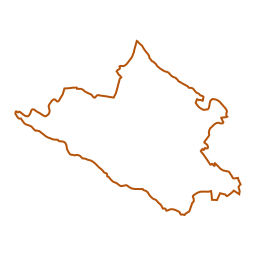 outline of Tam Diep, Ninh Bình, Vietnam
{"feature_id": "81297802B4597997720172", "entity_name": "Tam Diep", "entity_type": "district", "adm_level": 2, "iso_a3": "VNM", "parent_name": "Vietnam", "parent_adm1": "Ninh Bình", "projection": "robinson", "projection_center": [105.895, 20.161], "detail": "fine", "context": "isolated", "style": "outline", "palette": "amber", "viewbox_px": 256, "rotation_deg": 0, "n_neighbors": 0, "source": "geoboundaries", "source_scale": "gbopen_adm2", "svg_char_len": 5834}
<svg xmlns="http://www.w3.org/2000/svg" viewBox="0 0 256 256"><path d="M184.5,215.0L185.0,214.3L185.8,213.5L186.9,212.8L189.1,211.5L189.6,210.7L191.1,206.2L191.7,204.7L192.1,203.2L193.2,202.0L193.8,201.1L193.7,198.8L193.2,197.6L192.8,196.6L193.1,195.7L194.0,195.0L195.2,194.2L196.5,193.3L198.3,192.4L200.7,191.7L203.9,191.6L208.4,191.7L211.0,191.1L211.5,194.0L212.0,199.8L214.5,199.9L217.0,200.0L220.1,193.2L221.8,193.7L223.1,194.0L224.1,194.3L225.3,194.5L226.7,196.1L227.8,195.7L231.6,192.8L233.8,190.6L239.2,194.2L239.3,192.9L239.7,191.9L239.2,189.2L238.6,187.6L238.7,186.6L239.6,185.4L240.3,184.6L240.6,184.3L239.8,182.8L239.2,181.4L238.4,179.7L238.0,177.9L236.9,178.1L234.3,178.4L233.0,178.2L231.5,175.6L230.2,173.7L229.5,172.3L228.6,171.6L227.5,171.3L226.4,171.2L225.8,171.0L223.0,170.4L221.5,169.4L220.5,168.9L218.0,166.2L215.4,163.6L214.9,163.2L214.7,163.4L214.7,165.0L214.6,165.7L214.2,165.8L214.0,165.7L213.6,165.5L213.2,165.0L212.8,164.4L212.5,164.1L212.2,163.9L211.9,164.0L211.4,164.2L210.8,164.7L210.6,164.7L210.4,164.7L209.9,164.0L208.8,162.4L206.6,159.0L203.0,153.9L201.7,152.5L200.8,150.9L202.4,149.1L203.1,149.8L203.7,149.9L204.2,149.5L204.4,149.1L204.5,148.4L205.0,148.0L206.6,148.5L207.4,148.3L207.9,147.9L208.0,147.5L207.9,146.9L207.7,145.9L207.2,144.9L205.5,143.4L204.5,142.7L204.3,142.2L204.5,141.6L205.7,140.2L208.9,135.8L209.2,135.0L209.2,134.2L208.9,133.5L208.9,132.0L209.2,130.7L209.4,129.9L210.2,128.4L211.1,127.5L214.2,124.5L215.2,123.8L216.4,123.1L217.1,122.9L218.5,122.8L220.3,123.3L221.0,123.5L222.0,123.4L222.7,123.3L223.1,122.6L223.4,122.1L222.5,120.8L221.9,119.2L221.4,118.6L221.3,117.7L223.6,117.4L225.0,117.3L226.0,117.1L226.4,117.1L227.2,116.6L226.4,115.9L226.3,114.5L226.5,112.7L226.9,111.9L226.9,111.3L226.7,110.6L226.3,109.6L225.4,108.3L222.5,105.0L220.5,102.7L219.2,101.3L217.9,100.5L217.0,100.0L216.0,99.6L214.1,99.2L212.8,99.0L212.0,99.3L210.9,100.3L210.5,100.8L210.3,101.2L209.8,102.8L209.4,105.5L208.9,107.7L208.5,108.4L208.1,109.0L207.6,109.3L206.6,109.5L205.4,109.6L204.5,109.9L203.8,109.8L202.8,109.6L201.2,108.7L199.4,107.5L198.0,106.1L196.7,104.4L195.7,102.7L197.1,99.2L197.3,99.3L198.0,99.7L198.7,99.9L200.3,100.0L201.1,100.1L201.5,100.2L202.3,100.7L202.6,100.8L202.8,100.7L202.9,100.3L203.0,100.0L203.0,99.4L203.0,98.9L203.2,98.1L203.4,97.9L203.5,97.5L203.5,97.0L203.3,96.6L202.9,96.3L202.4,96.0L201.9,95.8L200.4,95.4L200.0,95.0L199.7,94.7L199.2,94.1L198.1,93.3L197.4,93.1L196.7,92.8L196.0,92.2L195.8,92.0L194.7,90.7L193.2,88.8L192.2,88.2L191.3,87.9L190.5,87.9L189.7,87.9L189.1,87.8L188.3,87.2L187.9,86.6L187.0,85.9L185.9,85.3L182.3,83.4L180.2,82.1L178.5,81.2L178.1,80.5L177.1,79.3L176.4,78.7L176.2,78.6L175.8,78.0L174.3,77.3L172.6,76.7L171.1,75.5L168.6,72.7L167.5,72.1L166.4,71.8L165.9,71.6L164.8,71.3L163.8,70.9L163.0,70.4L161.5,69.4L159.9,68.4L158.6,67.2L157.8,66.6L156.9,65.7L155.8,63.9L153.7,62.1L153.1,61.6L152.4,61.3L151.7,60.9L150.6,59.4L149.8,58.4L149.4,57.9L149.1,56.1L148.3,54.6L146.5,52.3L145.8,51.5L144.7,50.1L142.9,47.3L142.5,46.4L142.0,45.6L140.6,44.5L139.8,43.8L139.0,43.0L138.4,42.3L137.8,41.6L136.8,41.0L134.9,47.8L134.3,49.9L133.8,52.4L132.7,55.2L132.1,56.7L130.8,58.7L129.1,60.9L127.6,62.9L126.9,63.8L125.8,64.8L124.6,65.6L124.0,65.9L123.5,66.1L122.3,66.0L120.3,65.9L119.5,66.4L119.6,66.8L119.8,67.3L119.9,68.1L119.9,68.4L119.6,68.9L117.6,70.1L116.6,71.3L117.5,72.6L118.3,74.0L118.7,74.5L118.9,74.8L119.3,75.0L119.6,75.3L120.2,75.9L121.3,77.4L120.0,78.5L119.7,79.0L116.6,90.8L115.7,93.6L114.4,96.2L113.7,97.6L111.2,97.2L105.9,96.3L100.8,95.6L98.0,95.1L97.6,95.1L97.2,95.4L96.5,95.8L96.0,96.5L95.0,97.5L94.8,97.7L94.4,97.7L93.8,97.4L93.3,97.0L92.4,95.9L91.7,95.0L90.7,94.2L88.6,93.4L86.8,92.5L84.9,91.5L83.1,89.9L82.1,89.3L81.1,88.9L77.0,88.8L76.8,87.7L75.8,87.6L72.7,87.7L69.0,88.2L64.4,88.5L62.9,93.8L62.4,94.9L60.6,97.8L59.3,100.1L58.6,101.1L58.2,101.3L57.8,101.5L57.1,101.4L56.6,101.2L56.0,100.3L55.3,99.8L54.7,99.4L54.2,99.4L53.8,99.4L53.1,99.8L52.5,100.2L51.9,100.7L51.5,101.2L49.2,104.6L48.7,105.9L48.7,106.8L49.4,109.6L49.6,110.8L49.5,111.7L49.2,113.0L48.5,114.2L48.1,114.6L46.1,116.1L45.6,116.2L45.2,116.2L44.5,116.1L43.4,115.5L42.5,115.0L40.0,113.3L38.8,112.6L37.5,112.0L36.6,111.4L35.4,110.5L34.3,109.7L33.4,109.4L32.8,109.3L32.3,109.4L31.9,109.7L31.3,110.5L30.4,113.1L29.9,114.0L29.0,115.4L28.4,115.9L27.8,116.3L26.8,116.3L25.8,116.0L24.9,115.7L23.6,114.8L20.2,112.2L19.7,111.8L19.1,111.7L18.6,112.1L17.9,112.4L16.6,111.6L16.2,111.4L15.8,111.6L15.6,112.1L15.4,113.8L16.1,114.8L17.1,116.5L17.9,117.6L18.7,118.4L19.4,118.6L21.1,118.6L21.4,119.3L22.3,120.6L24.5,123.5L26.0,124.4L30.2,125.9L31.5,126.6L33.5,128.9L35.5,130.7L36.5,130.6L38.0,130.8L39.3,131.1L44.2,135.0L46.3,136.6L48.4,137.7L50.8,138.5L53.0,139.4L56.0,139.7L57.8,139.8L58.3,140.6L59.1,141.2L61.0,141.3L63.6,141.7L65.3,142.9L66.4,145.1L66.7,147.2L67.1,149.3L68.4,151.9L69.9,154.1L71.0,154.7L72.6,154.8L74.6,155.4L76.4,154.9L78.2,155.1L80.0,155.9L81.5,157.4L82.3,158.3L84.3,158.6L86.0,158.9L87.3,159.6L91.6,160.8L93.4,162.1L95.3,163.6L99.2,167.6L100.9,168.8L103.1,171.0L103.5,171.9L104.8,172.8L105.9,173.1L106.9,173.8L107.2,175.2L107.2,176.2L107.9,176.7L109.0,177.2L110.0,178.6L111.4,180.1L112.4,181.1L113.3,181.8L114.7,182.4L116.1,182.8L117.4,183.7L119.4,185.3L120.7,186.0L122.1,186.0L124.6,185.5L126.0,185.2L126.9,185.4L128.5,186.6L130.2,187.7L131.4,188.3L132.4,188.6L134.9,189.0L138.1,189.0L140.2,189.1L142.0,189.0L142.9,189.2L143.3,190.0L144.5,190.4L145.9,190.9L147.8,192.4L149.2,194.9L150.9,196.8L152.7,198.5L154.4,199.3L155.7,199.8L156.6,200.6L158.3,202.6L160.5,204.5L161.8,206.3L162.4,207.9L163.1,208.7L164.7,208.4L165.7,209.1L166.0,209.7L166.3,210.6L167.0,210.6L168.0,210.3L169.0,209.8L171.0,209.2L173.0,209.3L173.9,209.5L175.2,209.9L177.1,210.8L178.4,211.4L179.7,212.3L180.2,213.6L180.8,214.5L181.5,214.5L182.6,214.5L184.5,215.0Z" fill="none" stroke="#b45309" stroke-width="2"/></svg>